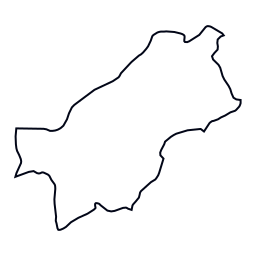 an SVG outline of Paktya
{"feature_id": "AFG-3413", "entity_name": "Paktya", "entity_type": "Province", "adm_level": 1, "iso_a3": "AFG", "parent_name": "Afghanistan", "parent_adm1": "", "projection": "orthographic", "projection_center": [69.398, 33.616], "detail": "fine", "context": "isolated", "style": "outline", "palette": "ink", "viewbox_px": 256, "rotation_deg": 0, "n_neighbors": 0, "source": "natural_earth", "source_scale": "10m", "svg_char_len": 2156}
<svg xmlns="http://www.w3.org/2000/svg" viewBox="0 0 256 256"><path d="M223.7,35.4L220.7,36.5L217.7,39.5L217.3,43.0L217.9,46.4L217.6,49.6L214.4,53.0L212.0,56.2L213.1,59.5L218.5,64.8L220.2,67.7L222.6,76.0L224.3,79.5L228.6,85.9L230.3,89.2L231.6,93.5L233.5,97.7L236.3,99.4L240.6,100.0L240.6,103.2L240.1,104.8L239.3,106.5L236.2,109.9L235.0,110.8L230.5,112.3L225.2,115.5L221.0,117.4L218.0,119.3L213.6,120.9L212.2,121.1L210.5,122.2L209.5,123.1L204.0,131.5L201.0,129.2L200.7,129.0L200.2,129.0L187.6,130.3L176.3,133.7L173.6,135.1L170.8,136.9L165.1,141.6L164.2,144.3L161.2,150.0L160.2,152.6L160.4,155.3L163.5,158.6L159.2,172.7L158.2,175.3L156.4,178.1L155.3,179.5L151.0,182.1L141.1,191.0L140.1,192.5L139.6,194.9L138.9,197.6L135.7,201.5L133.2,204.3L132.5,205.4L131.6,209.9L128.0,208.7L127.3,208.2L126.0,207.6L123.0,207.9L114.6,210.9L111.2,211.4L107.4,210.6L101.8,206.2L100.3,205.0L99.8,204.4L99.1,203.8L98.3,203.5L97.1,203.2L96.0,203.1L95.5,203.4L95.1,204.0L95.1,205.3L95.2,206.2L95.4,206.9L95.5,207.5L95.4,208.2L93.8,209.7L87.5,213.7L78.4,217.8L71.0,222.2L66.0,226.9L63.4,228.5L60.6,229.7L59.4,229.9L58.8,229.9L58.3,229.8L57.5,228.3L56.5,223.3L55.8,220.9L55.9,219.0L56.0,217.9L56.1,216.8L54.6,203.8L54.4,199.3L55.3,188.9L55.2,186.7L55.0,185.2L54.4,184.0L51.4,179.9L49.5,176.1L48.8,175.3L47.8,174.5L43.7,172.6L42.7,172.4L41.7,172.5L40.3,173.2L38.9,173.5L37.0,173.1L33.6,171.1L28.8,171.9L15.4,176.8L16.5,173.0L21.0,163.1L21.2,161.3L20.8,159.1L19.2,155.1L17.1,150.9L16.4,148.3L15.9,144.2L15.6,136.4L16.3,128.4L43.5,128.8L46.4,129.3L50.1,130.9L52.3,130.9L55.2,130.5L57.7,129.7L59.8,128.6L61.0,127.8L63.4,125.7L67.0,119.3L69.0,113.3L71.9,107.4L74.2,105.0L76.7,103.1L94.5,89.8L112.8,81.2L118.6,77.3L119.6,75.9L121.0,73.2L130.7,62.8L131.7,61.8L138.9,55.6L141.1,54.3L143.1,52.5L146.2,48.9L148.1,46.3L150.8,40.6L152.3,36.2L153.4,35.0L157.4,32.5L159.2,31.9L160.9,31.6L164.0,31.6L166.3,31.4L174.4,32.0L180.6,33.5L182.3,34.1L183.7,34.9L184.4,35.7L184.6,36.8L184.5,38.2L184.3,39.8L184.3,41.2L185.0,42.0L187.2,42.1L189.2,41.3L199.3,34.9L205.6,27.1L206.7,26.4L207.7,26.1L208.7,26.2L209.9,26.4L211.2,26.9L222.2,33.4L223.7,35.4Z" fill="none" stroke="#020617" stroke-width="2"/></svg>